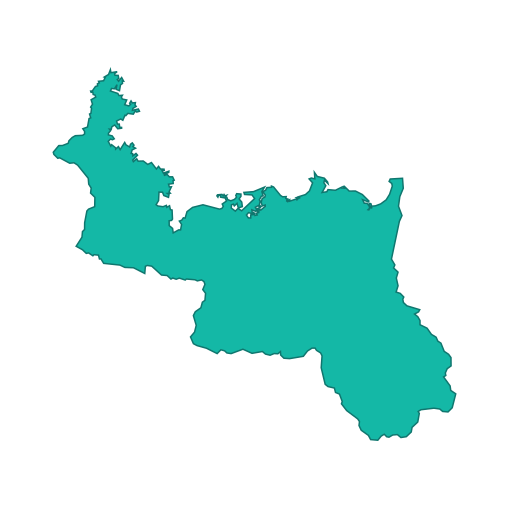 outline of Kankintú, Ngöbe Buglé, Panama, rotated 5°
{"feature_id": "35544464B2015792153620", "entity_name": "Kankintú", "entity_type": "district", "adm_level": 2, "iso_a3": "PAN", "parent_name": "Panama", "parent_adm1": "Ngöbe Buglé", "projection": "orthographic", "projection_center": [-82.082, 8.823], "detail": "fine", "context": "isolated", "style": "filled", "palette": "teal", "viewbox_px": 512, "rotation_deg": 5, "n_neighbors": 0, "source": "geoboundaries", "source_scale": "gbopen_adm2", "svg_char_len": 6075}
<svg xmlns="http://www.w3.org/2000/svg" viewBox="0 0 512 512"><g transform="rotate(5 256 256)"><path d="M76.0,262.0L82.6,264.9L86.7,268.2L88.9,267.5L93.5,270.0L94.5,268.8L99.0,268.9L100.3,272.6L101.8,272.4L104.9,276.6L121.2,276.9L126.3,278.8L135.0,278.4L146.7,283.1L146.7,275.9L148.5,274.9L153.0,275.2L163.5,283.2L169.2,283.2L173.3,286.4L175.0,285.2L178.5,286.1L181.5,284.7L187.6,286.1L188.6,285.0L197.4,285.0L199.7,285.9L203.8,284.6L206.4,286.0L207.6,288.7L205.9,294.1L209.0,297.5L209.0,304.6L206.6,306.7L205.6,312.4L200.4,316.8L198.8,320.8L202.5,330.3L201.4,337.2L197.8,342.3L201.3,348.8L205.1,350.4L214.7,352.2L225.8,356.6L229.2,352.5L233.0,353.2L235.4,355.1L239.7,355.4L251.1,350.0L260.5,353.3L270.7,350.6L274.0,352.9L278.7,353.6L282.6,351.6L286.3,351.5L288.7,349.1L289.2,352.5L292.7,355.4L298.4,355.3L311.9,351.8L315.6,346.1L319.8,342.9L322.9,342.6L324.5,344.7L328.8,346.9L330.5,349.7L330.7,361.6L336.1,377.8L339.1,379.8L345.6,380.7L347.1,385.0L351.2,386.3L354.6,393.5L354.0,395.8L359.8,402.1L371.5,409.4L373.5,411.9L373.4,415.9L376.0,420.4L383.6,424.9L386.2,428.9L393.4,428.9L396.4,424.5L399.3,422.4L402.0,424.7L404.3,424.9L407.8,422.4L412.4,421.6L416.2,424.2L421.5,422.9L426.0,417.8L426.4,413.1L431.6,407.3L432.4,398.6L431.1,396.8L433.6,394.8L446.5,392.1L452.4,392.4L455.5,394.6L460.9,394.6L464.7,390.1L467.0,375.9L461.7,372.9L460.7,368.5L453.4,360.1L455.5,358.5L454.8,356.0L456.3,351.6L459.9,348.5L459.1,340.2L456.4,337.1L451.8,334.6L447.8,326.7L444.5,324.9L442.5,321.2L437.6,318.8L432.7,313.0L425.4,310.2L425.0,306.0L422.5,302.4L419.0,300.0L422.8,297.5L423.8,295.2L410.7,292.5L406.9,289.5L406.0,286.2L406.8,284.0L403.0,280.7L398.7,279.7L400.1,273.3L397.7,265.7L398.9,259.7L394.1,255.9L395.1,252.8L391.2,247.3L395.8,209.0L397.9,203.0L393.6,194.0L394.1,184.3L396.8,175.7L395.2,165.8L383.0,167.6L382.1,170.1L384.9,171.9L385.7,174.5L383.7,182.9L380.8,188.7L375.7,193.2L370.7,195.6L366.9,196.3L365.9,193.9L364.2,193.6L364.8,196.3L367.7,198.3L365.8,197.5L364.4,200.2L363.6,200.1L365.1,198.4L364.2,196.1L362.0,193.9L359.2,194.0L357.3,190.6L362.8,192.2L363.7,191.4L356.6,185.5L349.4,182.6L343.2,183.2L337.8,178.8L336.8,179.2L337.4,180.5L339.4,180.8L335.4,180.8L335.3,180.0L329.4,183.6L321.9,183.6L321.0,185.8L316.3,187.0L319.4,179.9L317.2,177.1L317.6,174.5L321.4,177.6L320.8,175.9L317.3,172.5L310.1,171.4L306.9,167.6L307.9,174.0L304.3,173.5L302.2,174.6L306.0,178.2L303.6,186.5L299.9,190.5L293.1,193.3L295.1,194.7L293.0,193.7L291.2,194.3L293.0,195.1L291.9,196.5L291.3,195.6L284.7,198.5L284.7,197.3L282.4,199.6L283.2,198.1L281.8,198.4L281.8,197.5L283.0,196.6L280.6,196.0L280.9,194.2L277.3,194.7L275.1,193.5L267.5,185.7L265.3,185.0L265.4,186.2L260.9,186.9L259.8,189.7L257.2,191.3L260.0,194.5L259.6,196.7L257.2,198.1L256.5,201.9L257.9,205.6L260.7,204.4L260.9,205.8L256.7,209.9L254.9,209.0L255.0,212.4L252.7,213.4L253.6,215.0L251.4,215.7L251.0,213.6L249.7,213.0L249.7,215.0L247.2,215.5L247.4,218.6L245.0,218.7L242.9,216.0L244.8,213.4L248.6,214.2L247.8,210.3L251.8,211.5L252.3,210.5L254.1,212.1L253.2,210.2L254.4,208.1L252.2,209.2L251.1,207.5L253.8,205.6L255.9,207.6L256.7,206.3L254.9,205.0L255.3,200.7L254.4,199.8L256.1,196.0L257.9,195.5L256.2,191.4L258.5,186.6L247.9,192.1L238.4,193.7L239.2,195.7L246.7,195.5L249.6,198.9L237.8,212.2L233.9,210.2L231.5,213.1L227.2,210.4L227.1,207.1L229.0,206.3L230.0,208.0L232.5,205.2L234.2,209.7L238.1,208.0L237.1,203.5L234.2,200.6L235.8,197.9L235.6,195.6L231.3,195.6L230.6,197.5L231.5,199.1L229.6,201.5L226.1,203.2L222.9,202.3L221.8,200.0L220.3,199.7L221.3,198.2L219.9,198.8L218.8,197.5L218.1,198.9L216.7,197.6L212.3,198.4L211.8,199.5L212.9,200.7L213.4,198.7L215.4,198.9L215.6,200.5L220.2,200.9L221.8,203.8L217.8,207.2L219.1,209.3L217.9,211.6L215.6,212.5L198.7,209.6L188.6,213.1L183.4,217.8L182.1,224.4L180.3,224.3L178.9,226.8L176.6,227.9L179.1,231.0L178.6,236.6L176.7,236.7L171.5,240.2L170.5,235.8L166.9,233.3L166.4,228.5L168.8,227.9L169.6,226.5L168.4,217.5L166.7,217.3L165.5,213.5L162.9,215.3L162.3,213.4L159.1,215.0L153.8,214.7L152.0,213.6L154.1,209.3L153.8,200.8L157.3,200.6L158.9,203.8L163.7,205.2L164.0,202.3L162.3,201.4L165.1,200.9L163.8,199.7L165.7,194.4L163.7,194.8L162.6,192.1L167.2,191.0L166.8,188.1L167.9,187.6L166.0,184.4L162.8,184.7L160.3,182.5L157.8,183.6L157.5,182.7L161.8,180.3L161.8,179.1L156.5,181.5L155.0,179.1L157.1,178.7L156.8,177.5L153.3,177.7L151.1,175.2L149.2,178.0L143.7,172.0L140.2,174.2L135.4,171.2L130.3,171.8L128.7,169.6L125.6,172.7L124.8,171.2L129.2,165.9L127.5,164.3L124.6,166.9L124.2,164.8L122.7,164.7L123.3,161.2L126.6,159.1L123.8,157.8L124.8,156.2L122.9,154.1L121.2,155.6L120.6,158.4L116.8,156.6L115.3,154.3L111.4,161.9L109.4,159.0L106.9,161.7L106.8,160.5L102.5,157.7L101.8,159.2L98.8,154.7L100.8,152.2L102.9,152.7L104.6,151.6L102.3,148.9L98.4,148.2L98.3,146.5L100.3,143.7L98.9,142.4L100.8,142.3L101.1,139.9L103.8,137.8L107.2,141.3L111.0,140.4L110.9,139.6L109.0,139.6L108.3,136.5L106.5,136.7L105.3,133.7L109.3,131.3L111.5,132.4L113.2,127.2L114.1,127.5L115.9,125.1L121.4,125.4L123.1,122.1L124.6,123.0L127.3,122.0L126.0,119.8L120.2,121.7L120.5,119.7L123.6,117.4L122.3,116.1L122.5,113.7L119.4,114.3L118.0,112.4L116.8,114.9L117.8,115.9L116.2,117.6L112.0,116.7L113.6,111.8L109.1,111.3L108.0,109.3L108.9,107.5L105.5,108.1L104.2,106.1L96.6,104.3L97.5,101.7L100.4,101.8L102.6,97.4L102.1,102.1L105.6,103.2L106.1,97.3L108.0,95.7L107.5,93.4L108.9,93.4L106.6,89.9L103.9,93.9L102.4,92.3L103.8,91.1L103.0,88.1L99.8,88.3L99.2,86.7L101.6,84.5L95.5,86.0L94.7,83.1L93.3,88.0L89.2,91.0L90.2,91.3L88.9,94.7L83.9,95.7L84.8,97.2L83.0,98.3L83.4,100.3L81.3,101.1L78.5,105.9L76.9,106.1L77.4,107.3L79.2,107.1L79.7,109.3L81.6,109.7L82.5,111.7L78.1,114.7L79.9,119.0L78.3,122.1L79.3,123.1L79.1,128.2L77.8,129.1L79.3,132.8L77.7,133.6L76.9,142.2L72.4,144.3L74.4,146.8L74.6,149.4L72.7,150.9L65.5,151.9L62.6,153.9L59.6,157.5L59.1,160.1L53.6,162.8L49.9,163.2L45.0,170.3L45.8,172.4L50.0,175.9L51.9,175.3L62.3,179.8L66.6,179.0L70.4,181.0L82.1,193.2L83.1,199.0L85.9,202.7L85.7,207.7L90.4,211.6L91.0,220.9L85.1,223.9L83.6,225.9L82.4,237.8L82.9,244.5L81.0,246.8L81.0,252.4L76.0,262.0Z" fill="#14b8a6" stroke="#0f766e" stroke-width="1.5"/></g></svg>